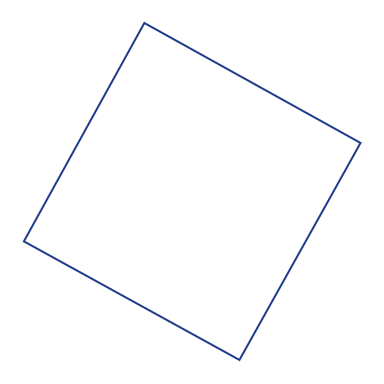 Wright, Iowa, United States of America (orthographic projection), rotated 209°
{"feature_id": "52423323B97285304575303", "entity_name": "Wright", "entity_type": "district", "adm_level": 2, "iso_a3": "USA", "parent_name": "United States of America", "parent_adm1": "Iowa", "projection": "orthographic", "projection_center": [-93.814, 42.733], "detail": "fine", "context": "isolated", "style": "outline", "palette": "blue", "viewbox_px": 384, "rotation_deg": 209, "n_neighbors": 0, "source": "geoboundaries", "source_scale": "gbopen_adm2", "svg_char_len": 232}
<svg xmlns="http://www.w3.org/2000/svg" viewBox="0 0 384 384"><g transform="rotate(209 192 192)"><path d="M68.4,316.6L315.6,316.7L315.1,67.3L69.1,68.1L68.5,255.1L68.4,316.6Z" fill="none" stroke="#1e3a8a" stroke-width="2"/></g></svg>